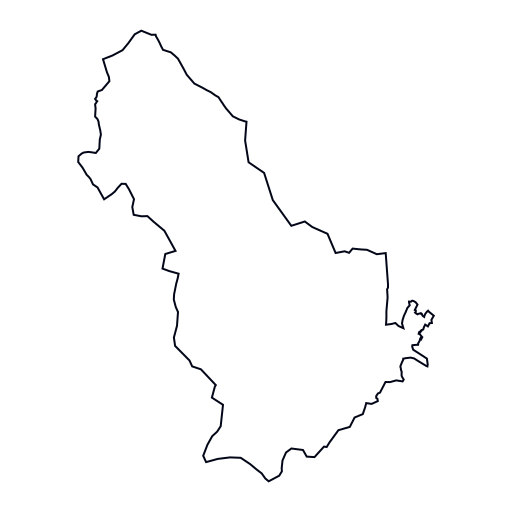 the district of Abeokuta North, Ogun, Nigeria
{"feature_id": "59680162B29721937623471", "entity_name": "Abeokuta North", "entity_type": "district", "adm_level": 2, "iso_a3": "NGA", "parent_name": "Nigeria", "parent_adm1": "Ogun", "projection": "robinson", "projection_center": [3.217, 7.25], "detail": "fine", "context": "isolated", "style": "outline", "palette": "ink", "viewbox_px": 512, "rotation_deg": 0, "n_neighbors": 0, "source": "geoboundaries", "source_scale": "gbopen_adm2", "svg_char_len": 3586}
<svg xmlns="http://www.w3.org/2000/svg" viewBox="0 0 512 512"><path d="M78.5,156.3L78.2,162.0L82.5,167.6L86.7,174.8L89.0,177.1L90.6,179.2L93.0,184.4L97.5,187.4L104.1,199.3L111.8,194.1L114.9,191.5L117.7,187.9L121.5,183.8L125.7,183.9L128.9,189.1L134.0,199.2L132.3,207.1L133.7,214.8L141.4,216.3L147.4,216.1L153.2,221.4L164.4,230.8L175.5,250.9L165.3,254.0L162.5,268.6L169.3,271.1L178.6,273.7L177.7,278.3L176.2,283.8L174.1,294.3L173.8,299.6L175.8,307.1L178.0,312.0L177.0,325.8L173.9,337.5L175.1,345.9L189.5,360.5L192.2,366.4L200.9,369.3L215.8,385.1L214.9,386.5L211.9,397.6L223.0,404.8L220.7,426.2L217.2,431.6L212.2,436.2L207.4,444.8L203.2,455.8L206.1,462.1L217.8,458.9L230.0,457.4L240.7,457.8L250.0,464.0L256.6,469.5L261.7,473.4L265.4,478.6L268.7,481.3L279.2,475.7L281.9,471.3L281.7,468.2L282.5,460.5L286.0,452.5L291.4,448.5L303.0,450.0L306.7,456.6L314.5,457.1L324.0,446.6L326.7,447.0L329.5,442.4L338.4,430.2L349.8,426.9L354.6,417.5L362.8,414.1L365.1,407.4L366.0,403.9L366.2,403.1L371.6,403.9L377.8,401.1L377.4,398.7L376.2,397.9L376.2,396.1L377.9,393.5L380.0,392.6L385.5,382.0L390.1,382.1L392.9,381.3L396.3,380.4L402.6,381.4L403.7,379.6L403.0,378.4L401.9,376.5L401.6,375.6L401.6,374.3L401.6,373.0L401.7,371.8L401.3,370.7L401.0,370.1L400.9,369.0L400.8,368.1L400.4,366.9L400.5,365.9L401.2,364.3L401.7,362.9L403.2,359.7L403.2,358.7L403.9,358.6L404.6,358.4L405.6,358.2L410.5,357.6L414.1,358.4L417.0,360.3L426.0,365.8L427.4,366.4L427.7,364.4L427.4,362.1L426.9,358.6L417.7,352.6L415.8,351.4L413.2,349.7L412.2,346.7L412.4,345.2L416.8,344.8L418.1,344.8L418.2,343.3L419.8,340.5L420.0,340.0L419.9,339.6L420.1,338.9L420.5,338.2L421.2,339.2L422.2,337.3L421.8,337.1L421.8,336.6L421.4,336.3L421.0,335.7L420.0,334.4L418.7,333.8L419.0,333.2L418.9,332.8L419.2,332.4L419.3,332.0L419.8,332.1L420.3,331.4L420.6,331.8L421.0,331.1L421.4,330.8L421.2,330.4L421.7,330.0L422.5,329.8L423.2,329.5L423.5,328.8L423.5,328.4L424.1,326.8L425.2,324.6L427.9,326.4L429.6,323.2L431.9,323.0L431.4,319.9L433.8,315.7L428.9,311.7L428.1,310.7L427.6,311.1L427.1,311.5L425.6,313.4L425.2,314.0L424.4,315.8L424.2,316.9L423.2,316.3L422.7,315.8L422.2,315.0L421.8,313.8L421.2,313.4L420.9,313.6L420.7,313.2L418.6,313.8L417.9,314.0L417.5,314.3L416.8,313.9L416.0,313.4L415.1,312.6L415.7,312.0L415.8,311.6L415.8,310.5L414.8,310.0L417.5,304.6L415.7,302.3L414.1,301.3L412.6,300.7L411.7,300.9L411.1,301.6L410.6,301.7L409.0,301.6L409.1,302.9L409.7,305.3L407.4,307.9L405.5,312.5L404.0,315.6L402.6,320.0L402.0,323.4L403.4,328.2L398.5,326.0L395.4,323.0L391.4,324.0L386.0,324.7L386.3,320.4L386.4,317.1L386.4,311.2L387.6,297.3L387.1,289.3L388.0,287.6L388.0,284.3L385.7,253.1L376.8,254.2L367.0,249.8L360.4,249.4L352.6,248.6L349.1,252.8L344.6,251.3L335.6,253.0L327.5,233.8L312.4,227.1L304.8,221.5L291.3,225.8L272.8,200.1L264.1,172.9L248.6,162.3L245.1,140.5L246.5,121.7L245.1,121.4L239.0,119.4L232.8,116.3L228.9,111.7L226.2,108.6L224.0,105.5L221.9,102.3L221.5,101.8L218.5,97.2L215.2,95.3L210.7,92.1L206.8,90.2L202.4,87.7L194.4,83.6L192.4,81.3L186.7,74.7L184.0,69.5L178.0,58.7L174.6,55.5L170.8,52.3L166.9,51.1L163.0,49.8L161.3,46.6L159.8,43.3L158.2,40.1L156.0,36.3L155.6,34.7L151.4,34.8L141.3,30.7L134.7,34.3L128.3,43.2L122.5,50.2L112.5,55.5L103.0,59.2L106.9,72.1L108.9,77.0L109.4,81.2L101.9,90.0L97.7,91.5L96.9,94.0L96.8,95.9L96.3,97.4L95.1,98.9L96.2,100.5L96.6,100.8L97.2,101.2L96.3,102.5L95.8,103.4L95.1,104.2L95.2,105.3L95.6,108.4L95.4,111.7L95.1,116.6L97.5,119.1L98.6,121.9L98.8,124.2L100.3,130.6L100.9,134.7L99.8,139.5L99.3,148.7L95.8,153.0L92.3,152.4L88.4,151.9L83.8,152.5L81.6,153.6L78.5,156.3Z" fill="none" stroke="#020617" stroke-width="2"/></svg>